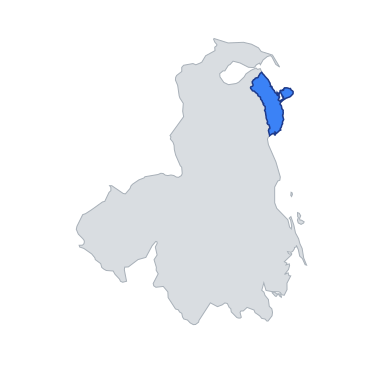 Falcón on a map of Venezuela (Albers equal-area conic projection), rotated 76°
{"feature_id": "VEN-23", "entity_name": "Falcón", "entity_type": "State", "adm_level": 1, "iso_a3": "VEN", "parent_name": "Venezuela", "parent_adm1": "", "projection": "albers", "projection_center": [-69.856, 11.252], "detail": "fine", "context": "in_parent", "style": "filled", "palette": "blue", "viewbox_px": 384, "rotation_deg": 76, "n_neighbors": 0, "source": "natural_earth", "source_scale": "10m", "svg_char_len": 8265}
<svg xmlns="http://www.w3.org/2000/svg" viewBox="0 0 384 384"><g transform="rotate(76 192 192)"><path d="M331.5,144.3L335.6,149.4L335.3,150.6L332.9,151.9L331.5,154.9L328.5,156.3L324.3,160.0L321.5,160.4L317.3,166.5L319.8,171.0L319.3,173.4L320.4,174.5L325.5,174.5L326.0,175.7L325.5,177.6L324.6,178.9L317.8,182.9L314.5,182.6L313.1,183.8L308.7,184.7L307.6,187.0L308.8,190.0L309.4,195.0L304.0,201.0L318.3,216.3L319.9,217.1L321.4,220.6L321.0,222.8L318.6,225.4L315.1,227.4L313.2,230.7L311.0,231.4L307.2,231.3L305.4,233.1L303.0,233.8L301.5,236.3L288.7,240.7L283.1,239.6L276.7,242.7L275.7,250.1L273.8,251.8L271.4,251.8L263.2,244.6L259.2,245.7L256.4,244.8L248.5,245.2L244.7,241.1L236.5,240.9L233.3,238.1L231.8,238.1L231.2,239.1L234.5,243.7L244.3,252.6L244.5,260.7L249.3,271.9L248.6,275.5L251.2,276.5L262.8,277.1L262.8,281.1L261.3,283.0L259.0,283.4L253.2,286.6L249.6,287.6L247.4,294.2L245.5,296.2L243.4,297.8L239.4,297.9L234.2,302.2L232.3,302.2L227.8,304.3L220.6,310.6L218.2,314.3L216.4,314.4L217.1,311.1L216.1,309.4L214.4,308.5L212.8,308.4L210.8,309.3L205.4,312.5L200.2,313.3L197.4,311.9L187.5,303.5L187.3,300.6L185.0,293.9L180.0,281.3L180.0,278.9L172.3,272.6L171.1,270.4L167.9,269.6L165.9,270.4L166.5,268.3L176.8,259.1L177.7,257.1L173.6,251.3L171.3,249.7L170.0,247.7L167.4,240.6L166.7,235.1L165.8,234.0L166.8,220.7L166.3,217.7L167.1,215.5L169.1,213.9L170.2,211.6L170.4,208.3L171.6,205.7L173.7,203.6L174.5,201.6L173.5,198.3L171.7,197.0L165.4,196.0L163.7,197.0L152.3,198.9L146.7,198.9L142.4,198.1L139.1,198.4L135.3,200.2L133.4,199.1L131.9,199.7L116.9,181.9L111.4,181.5L103.9,179.0L98.0,181.0L95.6,181.2L85.1,180.1L79.3,181.0L76.8,180.1L75.2,178.7L72.6,172.8L68.6,171.8L67.0,169.5L67.6,160.0L69.5,157.5L68.9,153.2L68.4,151.1L63.1,145.8L60.4,135.5L57.0,134.9L56.0,132.6L54.9,132.2L52.1,133.6L49.0,134.1L48.4,133.5L56.1,120.9L59.2,105.9L63.0,98.5L68.2,92.6L72.4,90.9L78.6,80.8L92.0,76.7L88.5,79.8L80.5,81.7L78.6,82.9L78.8,86.2L81.1,91.1L85.1,94.9L83.3,95.3L84.1,98.7L86.0,101.0L86.1,102.5L84.6,107.1L78.4,114.2L75.0,120.5L77.5,124.2L77.9,126.1L82.4,130.8L82.0,132.7L83.9,136.5L87.1,137.0L93.4,134.6L96.7,130.6L97.4,123.0L96.8,120.2L93.0,113.6L90.4,111.0L88.2,105.2L87.2,99.9L88.9,98.7L88.8,95.9L93.1,95.2L102.4,90.8L108.2,89.7L114.8,87.3L117.7,84.1L118.7,83.9L122.1,85.7L123.8,85.1L124.5,83.7L123.5,80.9L115.7,81.9L113.7,76.3L115.5,71.7L119.6,70.0L122.6,72.7L124.7,80.8L127.4,85.0L135.8,84.1L144.3,86.0L153.4,91.7L156.1,97.8L155.0,99.3L155.6,101.8L156.9,104.4L158.9,106.0L164.6,106.4L183.1,103.3L198.8,102.7L201.8,103.9L202.1,106.1L207.2,110.6L222.5,114.4L228.4,113.7L242.2,105.7L249.7,105.8L251.8,104.6L249.0,103.5L242.8,103.1L240.9,104.0L239.8,102.0L248.8,101.2L256.7,101.5L263.1,99.9L268.3,99.8L273.4,98.8L283.1,99.6L290.7,98.5L289.9,99.8L283.3,101.0L280.3,103.0L273.7,102.8L269.0,103.6L270.5,104.1L270.6,106.0L271.9,106.4L274.0,108.7L274.5,110.6L272.9,113.7L274.8,113.3L275.9,112.3L275.8,110.2L276.9,110.5L282.0,119.3L284.0,117.1L285.5,118.4L285.3,115.0L287.0,115.1L290.6,117.2L294.4,122.2L293.7,118.3L296.6,118.2L297.3,116.5L303.4,121.9L309.7,123.4L314.5,127.5L313.5,129.6L310.8,130.7L309.8,132.0L307.9,138.7L305.4,144.0L297.5,144.3L304.3,148.1L306.6,146.4L309.9,146.2L314.8,143.9L321.6,144.7L324.6,142.8L328.3,143.0L331.5,144.3ZM249.1,91.2L249.8,94.0L247.7,96.4L244.8,96.5L242.6,95.0L241.4,95.4L237.5,94.6L238.6,93.1L241.4,92.3L243.6,94.0L245.4,94.0L245.8,92.6L248.1,90.4L249.1,91.2ZM313.3,136.3L309.2,138.6L308.9,136.5L312.1,133.8L313.6,135.3L313.3,136.3ZM220.5,96.5L219.3,97.0L216.2,95.9L216.9,95.1L218.6,95.1L220.5,96.5ZM314.1,132.2L311.5,133.0L312.2,131.4L314.8,130.5L315.8,130.8L314.1,132.2Z" fill="#d9dde1" stroke="#a8b0b8" stroke-width="1"/><path d="M92.7,95.4L95.0,94.5L95.9,93.9L96.1,93.7L97.3,93.3L101.4,91.0L104.7,90.2L105.3,89.9L105.7,90.1L106.5,90.1L108.9,89.8L109.3,89.6L109.6,89.1L109.4,89.1L109.2,89.3L109.0,89.6L109.0,89.1L109.5,88.9L110.6,89.1L111.3,88.9L112.9,88.1L113.6,87.6L114.1,87.6L114.8,87.7L115.9,87.2L116.4,86.7L116.6,86.1L116.7,85.7L116.5,85.4L116.2,85.3L116.5,85.2L117.0,85.4L117.2,85.6L117.4,85.9L117.6,86.1L117.8,86.0L118.0,85.8L118.0,85.5L118.5,85.6L118.8,85.8L119.0,85.6L119.0,85.4L118.9,85.3L118.9,85.2L118.7,85.1L118.7,84.9L118.8,84.8L118.5,84.7L118.6,84.4L117.7,84.1L117.2,84.1L117.2,83.9L117.4,83.9L117.7,83.9L117.5,83.7L117.3,83.6L117.0,83.5L116.7,83.4L116.3,83.1L117.1,83.3L117.7,83.6L118.3,83.9L118.6,84.1L118.8,84.1L119.2,84.2L119.5,84.2L119.9,84.3L120.2,84.5L120.6,84.3L120.8,84.1L121.3,84.3L121.4,84.6L121.5,84.7L121.8,84.6L122.0,85.0L122.3,85.2L122.7,85.4L123.0,85.9L123.6,86.1L124.0,85.9L124.1,85.6L124.7,85.2L125.0,85.0L125.1,84.5L124.6,83.7L124.7,83.3L124.5,83.1L124.2,82.1L124.1,81.4L123.6,80.4L123.4,80.4L123.4,80.8L123.2,80.8L123.0,80.5L122.9,80.4L122.6,80.5L122.4,80.6L122.3,80.8L122.2,80.8L121.2,81.2L120.7,81.2L120.9,80.8L120.0,81.2L119.8,81.3L119.1,81.3L118.8,81.4L118.6,81.5L118.2,81.7L116.8,81.8L115.8,82.3L115.3,82.2L114.9,81.8L114.8,81.3L114.9,81.1L115.1,80.8L115.2,80.7L115.2,80.4L115.1,80.2L115.1,79.7L114.9,79.4L114.8,79.2L114.9,79.3L115.3,79.4L115.4,79.5L115.4,78.9L115.3,78.7L115.2,78.5L115.0,78.4L114.9,78.5L114.8,78.8L114.7,78.9L114.6,78.6L114.1,77.8L114.0,77.6L113.9,77.6L113.8,77.0L113.7,76.9L113.4,76.9L113.5,76.6L113.6,75.8L113.7,75.5L113.8,75.1L114.1,74.4L114.2,74.0L114.4,73.7L115.0,72.9L115.2,72.6L115.3,72.3L115.3,71.6L115.4,71.4L116.3,71.4L116.7,71.3L117.0,71.1L118.4,69.9L118.8,69.7L119.3,69.6L119.6,69.7L119.9,69.9L120.9,70.1L121.3,70.4L123.2,73.5L123.4,74.4L123.5,75.3L123.6,77.1L123.7,78.0L125.0,81.7L126.0,83.7L126.7,84.6L127.6,85.2L128.3,85.3L128.9,85.0L129.4,84.6L130.2,84.4L132.0,84.6L132.8,84.7L133.7,84.4L134.2,84.0L134.6,83.8L135.0,83.8L135.7,84.1L135.9,84.2L136.6,84.2L136.8,84.2L138.2,84.7L138.4,84.7L138.5,84.9L138.8,85.2L139.1,85.4L139.4,85.5L140.3,85.7L143.6,85.5L144.0,85.6L144.3,85.9L145.0,86.6L145.4,87.0L145.9,87.2L146.6,87.5L146.9,87.5L147.2,87.6L147.3,87.5L147.5,87.5L148.0,87.8L148.3,88.3L148.8,88.7L150.4,89.5L150.9,89.9L151.2,90.2L151.4,90.5L151.6,90.8L153.0,91.4L153.1,91.1L153.1,90.9L153.3,90.9L153.3,91.0L153.5,91.4L153.5,91.5L153.4,91.9L153.6,92.4L154.4,93.7L155.7,96.2L155.9,96.8L155.7,97.1L155.4,96.8L155.1,96.6L154.7,96.5L154.2,96.7L154.0,96.8L153.9,96.9L154.6,97.1L156.3,97.3L156.8,97.6L156.5,98.1L156.2,98.2L155.2,98.2L154.9,98.4L154.8,98.8L154.8,99.3L155.1,100.7L155.8,102.5L156.1,103.0L150.9,103.0L149.4,102.1L149.3,101.6L149.3,101.2L148.9,101.0L148.5,100.9L148.0,101.0L147.8,100.9L146.9,100.9L146.7,100.9L146.6,101.0L146.3,101.1L146.1,101.1L145.7,101.0L145.2,101.2L145.1,101.4L144.9,101.8L144.8,102.0L144.4,102.2L143.2,102.5L142.9,102.0L142.7,101.9L142.4,101.7L141.6,101.7L141.1,101.8L140.4,101.8L140.2,101.8L139.5,102.0L139.0,102.1L138.1,102.1L135.8,101.7L135.6,101.7L135.3,101.8L135.1,101.8L134.9,101.7L131.8,101.4L131.7,101.5L131.4,101.6L130.5,101.8L130.3,101.8L130.1,101.8L130.0,101.7L130.0,101.4L129.9,101.2L129.4,100.8L128.3,100.7L127.2,100.4L126.8,100.3L125.8,101.0L125.0,101.4L124.1,101.7L123.9,101.7L123.7,101.7L123.4,101.6L123.5,101.5L123.6,101.4L123.8,101.3L123.7,101.1L123.4,101.1L123.2,101.2L123.1,101.3L122.8,101.6L122.5,101.7L122.3,101.8L122.1,101.8L121.7,101.8L121.4,101.9L121.2,102.0L121.1,101.9L120.8,101.9L120.5,101.9L120.3,101.9L120.0,102.2L119.3,102.5L119.0,102.7L118.7,102.9L118.3,102.9L117.3,102.7L116.7,102.7L116.4,102.7L116.3,102.8L116.2,102.9L116.0,103.1L115.8,103.6L115.5,103.8L115.1,104.0L114.9,104.2L114.8,104.3L114.5,104.7L113.7,104.6L113.2,104.6L112.9,104.6L112.7,104.7L112.5,105.0L112.4,105.1L111.8,105.4L111.5,105.6L111.4,105.8L111.2,106.1L110.9,106.3L110.5,106.5L110.2,106.6L109.8,106.8L109.3,107.1L109.1,107.4L108.9,108.0L108.6,108.5L108.5,108.8L108.4,108.9L108.1,109.0L107.7,109.1L107.2,109.2L106.8,109.4L106.2,109.7L105.9,110.0L105.4,110.0L105.0,110.0L104.6,109.8L104.3,109.6L104.1,109.3L104.1,109.0L104.1,108.4L104.0,107.8L103.6,107.2L103.3,107.0L102.8,106.8L101.7,106.9L100.9,107.1L100.7,107.2L100.1,106.9L99.8,106.8L99.6,106.9L99.3,106.6L99.1,106.3L98.3,105.5L98.1,105.3L98.0,104.9L98.0,104.7L97.9,104.4L97.8,104.0L97.6,103.8L97.4,103.6L97.1,103.3L97.0,103.1L96.9,103.0L97.0,102.7L96.9,102.5L96.8,102.2L96.8,101.8L96.8,101.5L97.0,100.7L96.9,100.4L96.8,100.2L95.8,99.4L95.6,99.3L95.2,98.9L94.4,98.0L94.1,97.8L93.7,97.4L93.5,97.2L93.3,96.8L92.7,95.4L92.7,95.4Z" fill="#3b82f6" stroke="#1e3a8a" stroke-width="1.5"/></g></svg>